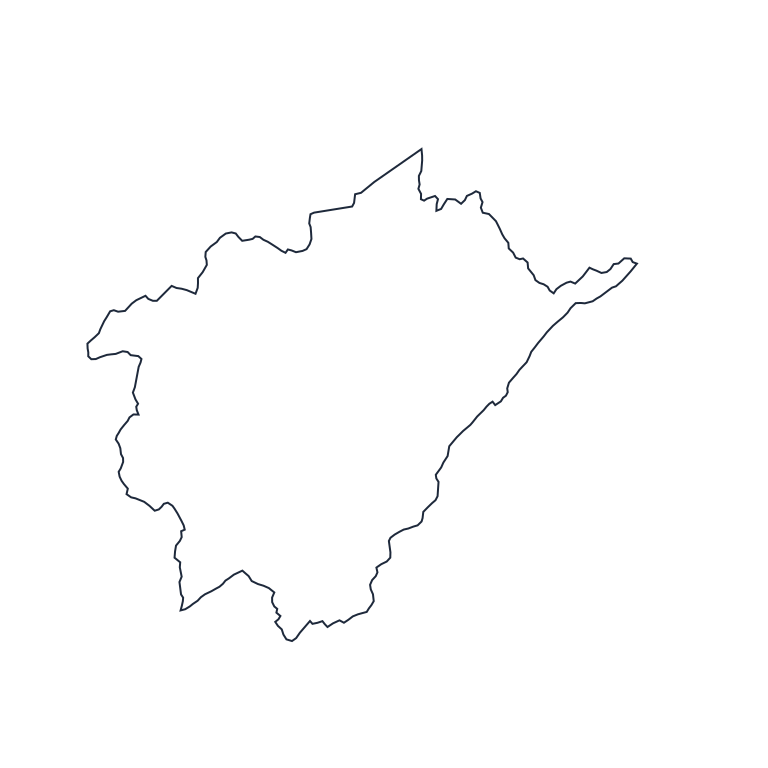 Cariús, Ceará, Brazil, rotated 156°
{"feature_id": "56859067B65825011266304", "entity_name": "Cariús", "entity_type": "district", "adm_level": 2, "iso_a3": "BRA", "parent_name": "Brazil", "parent_adm1": "Ceará", "projection": "mercator", "projection_center": [-39.468, -6.626], "detail": "fine", "context": "isolated", "style": "outline", "palette": "slate", "viewbox_px": 768, "rotation_deg": 156, "n_neighbors": 0, "source": "geoboundaries", "source_scale": "gbopen_adm2", "svg_char_len": 4294}
<svg xmlns="http://www.w3.org/2000/svg" viewBox="0 0 768 768"><g transform="rotate(156 384 384)"><path d="M661.9,259.9L657.2,259.1L651.8,259.8L648.1,260.8L642.4,261.8L638.0,263.7L633.1,264.7L625.9,264.9L620.9,265.4L616.8,265.7L612.4,267.0L608.8,268.9L604.8,269.5L598.7,270.9L589.3,271.1L587.7,267.6L585.8,263.6L585.0,257.8L580.5,252.5L576.1,248.7L572.2,244.4L569.0,238.2L573.1,234.4L574.9,230.2L574.7,225.4L573.0,222.0L575.3,218.9L573.0,214.2L576.1,212.0L580.1,210.9L579.3,206.2L577.2,201.4L577.8,196.0L577.0,190.4L572.6,186.6L567.6,187.6L562.0,191.0L548.0,197.6L546.9,194.0L541.9,192.9L536.7,192.4L535.8,188.8L534.5,185.0L527.9,186.1L520.8,186.2L517.7,182.2L512.4,183.1L507.0,184.4L501.5,184.2L496.9,183.5L492.5,182.8L489.0,185.2L485.5,187.1L481.7,189.8L479.6,196.4L479.6,201.8L478.4,206.2L474.6,209.7L469.7,211.8L466.6,214.6L465.6,219.4L459.8,220.5L453.7,220.7L448.9,222.8L446.6,227.6L443.4,238.6L440.6,240.9L435.5,242.1L430.0,242.7L425.2,243.0L420.6,242.1L415.2,241.8L410.8,241.2L405.6,243.1L403.3,245.8L400.1,251.2L394.3,253.5L388.6,255.6L384.2,256.9L380.7,259.7L378.8,263.3L374.0,272.4L374.6,276.4L373.6,280.0L365.7,284.5L361.7,288.1L355.2,292.3L349.7,300.6L339.1,305.8L335.3,307.2L330.9,308.9L321.8,311.5L318.6,313.0L312.1,316.4L303.5,319.6L299.6,321.6L295.8,323.1L292.0,323.7L291.0,319.5L284.3,320.6L280.8,323.0L277.4,323.7L274.3,326.2L273.2,329.9L269.3,334.4L263.8,337.0L258.9,339.2L254.6,341.8L251.3,343.2L244.8,345.9L239.6,350.3L236.4,353.5L231.6,356.0L226.5,358.8L218.8,362.5L214.2,365.0L205.9,368.5L199.6,370.4L193.4,372.1L187.3,374.5L182.7,377.4L176.0,379.9L171.3,378.0L167.7,376.0L159.7,374.7L155.0,375.6L150.7,376.0L136.5,379.3L132.3,378.9L128.9,380.0L124.3,381.4L112.8,386.6L104.0,391.1L107.2,394.2L107.6,398.2L113.4,401.1L120.8,398.7L125.4,400.1L130.4,396.9L135.0,395.7L140.2,397.0L143.8,401.1L146.5,403.8L149.0,406.7L153.9,404.0L158.7,401.4L163.6,399.7L168.5,398.0L172.0,401.7L176.0,402.3L182.5,401.8L187.9,400.5L192.1,397.8L194.6,402.0L195.0,406.3L197.6,410.2L200.9,413.1L203.4,417.3L203.0,422.5L205.3,431.0L203.4,436.6L205.9,442.1L209.3,442.8L212.3,445.9L212.6,451.5L214.9,457.1L213.0,462.4L214.6,468.1L215.1,472.7L215.1,478.5L215.3,483.3L215.5,487.2L217.2,491.8L219.0,496.6L224.1,500.3L223.8,505.7L220.0,510.1L220.3,514.2L218.8,519.6L221.6,522.7L226.2,522.1L231.8,522.1L235.3,519.1L240.3,517.3L243.9,523.6L250.9,527.3L256.3,523.8L260.6,520.7L265.7,520.9L262.7,526.9L259.5,530.9L260.9,535.0L269.2,535.8L272.8,535.2L275.1,537.8L272.8,542.6L273.2,548.3L270.3,551.8L269.2,555.9L267.5,559.9L263.3,563.4L258.2,572.7L256.3,577.1L254.2,583.4L310.8,572.5L327.2,568.0L333.2,569.1L337.7,561.6L340.9,559.1L378.2,569.0L382.1,569.0L384.2,565.8L387.0,561.1L387.2,557.2L389.1,551.8L391.3,546.0L395.2,541.8L399.9,538.7L404.3,538.7L410.8,540.2L414.2,543.7L417.1,546.0L420.6,543.9L423.5,547.4L425.9,551.5L429.1,556.4L432.3,561.2L435.5,564.8L437.7,568.8L441.5,571.1L445.0,570.0L448.6,570.7L455.3,572.5L457.2,577.6L458.2,581.8L461.6,584.5L467.3,585.8L474.4,584.3L479.0,581.7L486.4,580.1L493.2,577.1L495.5,572.8L495.9,569.1L497.4,564.9L504.2,559.9L510.9,556.4L512.9,551.8L515.1,547.6L519.5,543.1L526.0,550.0L530.2,553.4L534.5,556.1L538.1,560.0L557.7,552.4L561.3,554.0L564.7,557.6L566.0,561.6L576.2,561.3L581.8,560.0L590.8,556.1L597.5,558.2L600.8,561.3L604.6,561.8L610.2,557.8L614.1,555.2L620.9,549.4L623.8,546.4L629.1,544.5L634.1,543.0L638.5,541.5L640.3,537.0L641.3,533.1L642.9,529.6L641.3,525.7L637.1,524.0L632.6,524.0L625.3,523.3L621.3,522.1L616.8,520.6L609.4,520.2L605.2,517.5L603.7,513.4L597.1,509.4L595.4,505.5L597.7,502.6L601.1,499.5L604.0,495.3L612.9,482.4L616.9,478.3L617.3,471.0L616.7,466.0L619.6,464.0L620.5,460.6L620.7,455.9L625.3,458.1L630.1,457.0L633.2,454.5L638.1,452.2L643.1,449.6L646.3,447.2L649.2,445.3L651.6,442.4L650.7,437.4L651.0,432.6L652.8,426.9L652.5,422.5L654.0,418.9L658.8,414.0L662.1,411.7L663.2,406.9L663.1,402.4L662.3,398.4L660.6,392.6L664.0,388.1L661.1,383.3L657.5,380.6L651.0,373.9L647.8,368.1L645.0,361.5L640.7,361.0L637.1,362.3L633.9,364.1L629.8,363.5L626.8,358.8L626.1,355.4L625.3,349.8L624.7,341.3L624.5,336.3L625.3,332.0L629.2,332.0L631.1,326.4L634.3,323.7L639.7,321.0L643.0,316.0L646.0,310.5L642.7,304.0L645.1,299.6L647.2,290.3L651.4,286.3L655.0,274.3L654.4,270.5L656.1,267.4L658.9,263.6L661.9,259.9Z" fill="none" stroke="#1e293b" stroke-width="2"/></g></svg>